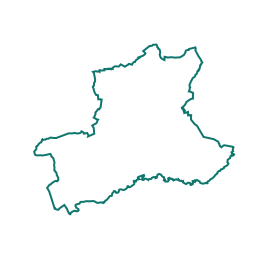 Marcos Castellanos, Michoacán, Mexico (Equal Earth projection), rotated 255°
{"feature_id": "50627088B85348734298248", "entity_name": "Marcos Castellanos", "entity_type": "district", "adm_level": 2, "iso_a3": "MEX", "parent_name": "Mexico", "parent_adm1": "Michoacán", "projection": "equal_earth", "projection_center": [-102.992, 20.05], "detail": "fine", "context": "isolated", "style": "outline", "palette": "teal", "viewbox_px": 256, "rotation_deg": 255, "n_neighbors": 0, "source": "geoboundaries", "source_scale": "gbopen_adm2", "svg_char_len": 5743}
<svg xmlns="http://www.w3.org/2000/svg" viewBox="0 0 256 256"><g transform="rotate(255 128 128)"><path d="M55.1,185.2L54.7,187.0L54.8,189.2L54.1,189.9L54.1,190.5L55.3,190.7L55.8,191.5L56.1,193.0L57.0,194.3L57.3,195.2L57.5,196.3L58.9,199.0L59.8,199.7L60.9,202.5L61.6,202.6L62.7,203.9L63.0,205.0L62.7,205.6L62.9,206.2L64.0,207.0L63.8,208.3L64.6,210.5L65.3,210.5L66.2,214.1L67.4,215.7L68.4,215.7L69.2,215.1L71.6,216.2L72.6,218.9L74.3,219.7L74.2,222.0L74.4,223.0L74.9,223.6L75.6,223.2L76.2,221.6L77.1,222.1L77.8,221.8L78.5,223.6L79.7,223.4L80.7,224.1L81.7,224.2L82.1,224.8L82.7,224.4L86.4,216.6L86.3,215.3L85.2,213.3L86.3,212.3L87.2,212.3L88.0,211.9L89.4,212.1L89.9,211.7L91.4,211.6L95.0,208.0L99.8,198.7L112.4,195.2L114.3,193.5L119.9,191.0L124.0,192.3L124.2,191.2L124.5,191.2L124.7,190.4L124.4,190.4L124.6,189.3L127.9,190.1L127.7,188.3L128.0,188.2L127.9,186.4L129.3,186.9L129.3,186.2L130.7,186.1L130.7,187.2L132.4,186.6L132.6,185.4L133.6,185.2L134.7,187.6L135.8,189.3L137.9,191.0L139.0,193.8L139.8,196.9L139.6,198.4L142.3,199.0L144.5,199.9L145.3,199.8L145.3,199.5L147.1,197.4L147.6,196.3L149.6,197.7L151.3,198.2L151.3,198.5L153.4,198.4L155.0,199.5L155.7,200.2L156.5,200.7L157.3,201.5L159.4,203.4L160.3,205.8L160.8,206.3L162.0,206.9L162.1,207.5L162.5,208.4L165.0,209.9L165.1,210.0L164.9,210.8L166.0,211.9L166.2,211.5L167.6,213.0L169.3,213.8L170.1,214.7L170.3,214.4L172.2,216.8L173.6,216.1L174.3,216.3L179.7,214.5L185.7,213.2L187.1,214.0L188.4,213.9L188.5,207.3L187.7,206.8L187.9,205.7L187.9,204.3L187.2,203.4L186.3,203.2L184.4,201.3L183.9,200.5L182.8,196.4L183.8,191.7L185.3,187.7L185.7,184.8L187.3,181.8L184.2,180.8L185.0,179.8L187.0,178.0L187.8,177.8L189.1,177.6L191.0,177.7L192.3,178.6L194.7,178.9L195.9,178.7L195.9,178.4L196.7,177.7L197.8,177.8L198.5,177.2L199.2,177.4L200.9,177.2L201.3,176.9L201.9,173.7L201.2,172.5L201.6,170.1L198.4,162.6L195.7,164.2L194.8,163.4L194.0,161.4L193.5,156.7L192.9,157.3L191.4,153.1L189.9,151.7L190.2,151.3L190.0,150.3L189.2,149.1L188.1,148.2L189.3,146.3L189.7,145.2L189.0,144.3L188.8,143.1L188.0,140.9L191.3,137.5L189.8,135.0L191.0,131.1L189.9,128.4L189.0,128.4L189.9,126.1L189.4,126.2L190.2,124.0L190.4,123.9L190.5,122.9L190.3,122.9L191.1,120.5L189.8,120.2L190.4,117.2L191.2,115.6L189.6,115.0L190.4,114.2L190.4,112.9L191.2,111.6L191.3,108.7L189.8,109.3L183.4,108.8L182.3,108.5L181.0,107.8L180.4,106.9L177.8,106.1L177.3,105.0L176.6,104.6L175.2,104.9L171.3,104.9L169.0,105.5L168.1,105.8L167.5,107.4L163.4,106.7L162.9,108.4L163.0,108.7L162.3,109.6L161.9,109.5L161.9,109.8L154.9,106.8L154.1,105.3L153.5,105.1L154.0,103.9L152.6,102.4L151.4,100.5L149.7,100.2L147.9,98.6L147.4,98.4L146.9,97.6L144.8,99.7L143.8,101.2L143.2,100.4L142.2,100.0L140.7,98.5L139.7,94.1L137.0,94.9L131.2,93.9L130.2,87.3L131.2,87.9L133.7,87.3L134.0,83.9L134.7,84.1L136.1,83.1L136.8,82.2L136.3,81.8L135.7,81.0L135.5,79.3L136.1,76.8L137.0,75.3L137.3,72.3L138.2,69.4L136.9,56.0L138.1,52.2L138.7,51.0L138.8,50.4L138.3,48.6L138.6,46.3L138.2,45.2L138.6,43.4L138.3,42.7L139.2,42.3L138.9,41.9L136.7,40.6L136.4,38.9L135.5,37.4L134.2,36.1L134.1,35.2L133.6,34.4L132.6,34.4L131.3,33.9L129.5,31.3L127.0,31.2L125.9,31.6L125.4,32.3L124.8,34.0L124.4,36.3L123.6,38.1L123.2,42.4L123.1,46.2L122.3,46.6L120.2,46.7L118.3,48.0L113.8,48.1L111.3,47.0L109.0,46.8L106.4,45.9L105.5,46.4L104.5,46.5L103.7,47.2L101.8,47.2L101.0,47.0L100.5,47.3L99.5,47.3L98.1,47.8L97.1,47.4L96.2,47.4L95.3,46.6L94.9,45.7L95.4,45.4L95.6,44.4L95.5,43.3L94.4,40.1L93.8,39.2L93.5,38.4L93.6,37.7L91.1,34.4L86.9,35.5L69.2,36.3L69.3,36.9L68.4,37.1L67.0,39.4L68.4,41.8L70.1,46.6L66.0,48.0L61.1,48.8L59.9,49.4L59.7,50.0L60.0,50.3L60.8,50.6L61.6,52.7L61.9,55.0L61.0,56.5L60.6,58.0L61.2,58.9L62.2,59.2L64.5,57.4L65.9,57.1L66.9,57.3L67.4,57.6L67.5,58.2L67.6,59.9L67.4,60.9L67.6,61.7L68.9,63.0L68.2,65.8L68.1,68.8L67.0,72.4L66.7,74.5L66.3,75.7L65.9,76.6L63.9,78.5L63.2,80.8L63.3,82.2L62.7,83.6L62.7,84.6L61.9,84.7L61.9,85.0L62.3,85.8L62.9,86.3L63.1,86.9L63.7,87.3L64.1,88.9L65.9,91.6L66.6,92.2L66.9,93.2L66.7,94.4L66.8,94.9L69.0,95.9L69.8,97.4L70.6,97.9L70.6,98.8L69.7,99.6L69.0,99.6L68.4,99.9L68.2,101.0L68.4,102.0L69.1,102.7L70.4,103.3L70.8,104.1L70.4,105.7L69.3,107.4L69.2,108.4L69.9,110.8L70.4,111.5L71.9,112.6L71.8,113.1L70.7,113.3L70.5,113.6L70.5,115.3L71.3,117.3L71.7,118.6L72.1,119.4L73.4,120.0L74.2,119.6L75.1,119.7L75.4,120.0L75.4,120.4L74.4,121.2L74.3,121.9L74.9,122.0L75.6,122.9L75.7,124.6L75.6,125.8L77.3,124.6L77.8,124.8L78.0,125.5L78.3,127.7L77.9,128.9L78.4,129.1L78.5,129.4L78.4,130.7L78.5,131.2L78.1,131.3L77.6,131.2L77.0,130.6L76.2,129.1L75.0,128.4L74.3,128.4L73.9,129.0L73.9,129.9L74.6,130.6L74.5,132.1L73.8,132.7L73.3,133.7L72.6,134.1L73.1,134.5L73.1,135.3L72.9,137.4L73.6,138.1L74.0,139.6L73.8,140.1L73.8,140.5L73.4,141.1L73.7,141.5L73.6,141.8L72.9,142.0L72.4,141.8L72.4,142.5L72.6,143.0L73.3,143.2L74.1,143.9L74.4,143.9L74.8,144.3L75.3,144.5L75.3,145.0L75.6,146.1L75.3,146.6L74.6,147.3L74.5,147.8L72.7,148.4L71.8,149.0L71.0,150.1L70.0,149.8L68.7,150.3L68.4,149.1L68.2,149.0L67.8,149.4L67.5,150.3L66.6,150.2L66.1,152.1L66.0,152.8L67.7,154.7L67.8,154.6L67.4,153.9L67.5,153.7L68.9,153.7L69.1,154.1L68.8,154.4L69.1,155.2L68.2,155.7L67.9,156.2L67.7,157.1L67.3,157.2L67.2,157.6L66.7,157.6L65.6,158.3L65.7,158.8L66.2,159.2L65.8,159.7L65.9,161.3L65.4,162.0L65.5,162.6L65.0,162.8L64.9,163.1L65.3,163.5L64.3,163.9L63.8,163.9L63.4,165.0L63.3,165.7L62.9,165.9L62.7,166.6L62.3,166.8L62.4,167.4L61.3,167.0L58.8,169.5L59.0,170.4L59.6,171.3L59.3,172.9L58.2,174.3L57.7,174.1L57.1,173.6L56.7,173.8L57.0,175.9L57.3,176.3L59.3,176.8L60.0,176.7L60.0,177.2L59.5,177.5L59.5,177.9L58.9,178.1L58.5,178.7L59.0,179.1L59.5,179.1L60.0,178.8L60.2,179.1L60.2,179.4L59.5,180.3L59.5,180.8L59.9,181.2L59.7,181.5L58.3,182.7L57.9,183.4L56.4,183.5L55.1,185.2Z" fill="none" stroke="#0f766e" stroke-width="2"/></g></svg>